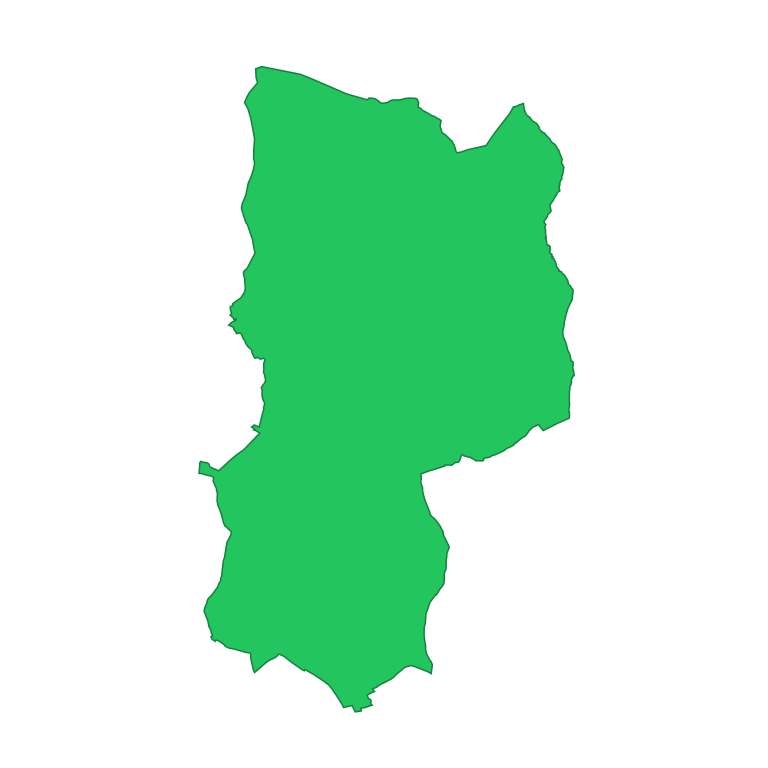 the district of Sacelu, Gorj, Romania, rotated 176°
{"feature_id": "2599482B5536240936017", "entity_name": "Sacelu", "entity_type": "district", "adm_level": 2, "iso_a3": "ROU", "parent_name": "Romania", "parent_adm1": "Gorj", "projection": "mercator", "projection_center": [23.537, 45.1], "detail": "fine", "context": "isolated", "style": "filled", "palette": "green", "viewbox_px": 768, "rotation_deg": 176, "n_neighbors": 0, "source": "geoboundaries", "source_scale": "gbopen_adm2", "svg_char_len": 6140}
<svg xmlns="http://www.w3.org/2000/svg" viewBox="0 0 768 768"><g transform="rotate(176 384 384)"><path d="M490.0,707.4L490.2,698.4L489.1,693.3L498.0,684.1L500.1,680.9L503.5,674.6L500.6,668.2L498.4,658.8L496.0,637.7L497.4,628.0L498.4,618.1L497.7,614.4L498.0,611.5L499.3,607.2L502.4,599.3L505.3,594.2L508.7,581.9L512.9,573.6L513.8,570.2L513.9,568.5L511.5,558.4L510.4,554.5L509.1,552.4L505.0,536.9L504.8,533.7L503.6,523.5L512.4,509.0L516.0,506.1L516.5,504.2L516.3,501.5L515.5,499.3L515.7,496.0L515.7,489.2L516.2,486.9L517.1,484.8L520.8,479.9L528.4,475.4L529.5,474.3L529.3,472.9L532.1,471.7L532.0,468.6L531.1,464.7L532.7,463.8L532.8,463.4L529.8,460.5L529.2,458.9L527.1,459.4L527.0,458.1L531.9,456.0L534.8,453.6L530.3,451.1L529.6,447.9L528.2,446.8L528.1,445.4L527.3,444.4L525.1,445.1L524.2,444.9L522.3,443.4L522.3,442.2L521.9,441.8L522.1,441.0L520.6,437.8L519.7,436.7L519.2,434.1L517.0,430.6L514.0,427.6L513.6,426.4L513.5,424.4L511.9,420.3L510.8,418.6L508.5,419.3L507.3,418.8L505.6,417.4L502.2,418.0L500.9,416.6L502.6,412.9L502.8,407.3L503.4,404.4L502.6,401.7L501.9,396.9L502.0,395.5L502.6,394.1L506.4,389.4L506.7,388.7L506.0,386.8L506.5,380.3L505.6,376.1L504.7,374.3L504.4,372.7L505.7,369.0L505.7,367.3L508.8,358.5L511.4,349.8L516.3,352.2L519.1,350.3L516.2,348.0L517.2,347.2L514.6,346.2L511.4,343.6L528.5,328.2L535.8,323.7L541.4,319.8L555.0,308.9L563.3,313.3L564.5,316.7L565.8,317.7L569.4,318.5L572.3,319.6L573.3,317.9L573.7,314.2L574.8,307.8L571.4,307.1L568.3,305.8L562.7,304.2L560.5,302.7L561.1,299.2L560.9,298.1L558.6,291.9L558.4,288.9L557.8,287.0L558.7,279.2L558.0,273.9L556.9,271.1L555.1,264.2L553.8,256.9L552.8,253.9L547.1,247.9L546.6,246.6L547.2,244.3L551.7,237.0L555.3,221.7L556.1,220.4L556.7,218.3L559.5,203.4L560.3,201.7L560.7,199.5L562.8,196.0L564.3,192.8L570.1,186.0L572.1,184.0L573.5,183.0L574.8,181.4L575.8,179.2L576.1,177.6L578.5,173.2L579.3,169.8L576.6,161.3L576.0,158.5L575.7,154.6L574.0,150.8L573.7,149.5L573.8,148.4L572.6,144.8L574.4,143.8L573.5,142.1L573.2,141.0L572.2,140.6L570.5,139.0L569.4,140.4L566.8,139.2L562.6,136.1L560.4,133.3L556.7,131.2L553.3,130.5L540.2,125.8L536.1,124.9L535.7,122.5L536.1,119.7L535.7,117.7L535.2,113.5L534.6,111.0L534.5,108.4L533.2,105.2L521.4,114.1L518.0,116.2L511.9,118.6L509.5,120.1L508.0,121.8L506.6,121.4L502.5,119.1L496.1,113.2L485.7,104.8L483.6,103.5L482.9,104.7L475.4,99.8L465.0,91.9L459.9,87.4L457.1,83.3L452.1,74.7L447.6,66.2L447.0,64.2L438.2,65.5L435.6,58.9L429.3,59.5L429.7,62.1L425.0,62.7L418.2,64.5L419.5,66.1L419.0,69.1L419.4,70.0L421.8,71.8L422.0,73.6L422.5,74.8L417.7,77.0L414.9,77.9L416.7,80.7L412.5,82.0L409.8,83.9L398.0,88.9L395.0,90.7L392.0,93.4L383.3,99.7L380.8,100.5L376.8,101.2L374.6,100.7L360.7,94.1L357.0,91.8L357.0,92.6L355.3,100.4L356.3,103.6L357.3,104.8L360.4,112.0L361.0,116.3L360.7,120.4L361.3,124.6L361.5,131.2L360.9,138.2L359.3,143.0L358.4,150.5L358.0,152.4L355.3,158.1L353.8,162.4L348.5,168.7L347.2,170.1L347.0,169.8L345.8,170.8L342.8,175.1L339.4,178.8L338.2,180.8L337.5,184.0L337.1,190.3L336.6,192.1L335.1,194.6L335.0,195.3L334.2,204.0L333.4,207.6L333.0,210.8L330.3,216.3L330.6,217.7L335.2,229.3L335.3,232.2L338.0,238.5L342.1,245.0L345.9,248.9L346.8,250.2L347.6,254.0L351.4,265.8L352.9,273.9L352.8,278.2L354.2,283.1L353.2,288.7L353.6,291.6L346.3,293.8L329.1,297.9L328.9,298.8L324.2,298.7L323.3,298.2L321.9,298.4L318.1,300.9L316.6,300.6L314.7,301.1L313.8,302.4L311.8,307.4L310.5,308.1L309.3,306.8L308.1,306.3L307.3,306.3L305.4,305.2L303.6,305.4L302.9,304.4L300.2,303.0L297.7,301.0L290.5,300.5L290.0,300.9L290.0,302.0L289.8,302.4L288.1,303.3L284.8,303.4L283.2,303.8L280.9,305.2L279.7,305.2L276.7,306.1L268.6,309.3L265.7,311.4L263.4,311.9L258.9,314.0L257.6,315.7L256.5,316.4L256.4,316.0L250.7,320.3L246.4,322.4L241.6,328.1L237.7,331.0L235.9,331.4L232.6,332.9L232.0,331.4L228.4,326.4L213.0,332.9L201.8,336.9L201.2,338.6L201.1,339.7L201.3,341.0L200.9,342.6L201.4,344.3L201.4,345.9L200.4,349.5L200.1,358.1L199.7,359.8L199.8,361.0L199.5,363.5L199.1,364.8L198.8,368.1L197.5,370.4L196.7,372.8L197.1,374.3L195.0,378.6L193.7,379.0L193.6,380.4L194.6,387.3L193.9,390.2L193.8,392.2L194.0,393.0L194.6,393.5L195.6,393.8L196.6,400.8L198.4,405.2L199.1,409.7L200.0,413.6L202.0,419.2L202.1,423.7L200.4,429.3L199.9,432.7L197.9,439.4L195.1,447.0L190.5,454.8L188.7,464.5L190.6,467.3L191.2,469.0L191.9,469.3L193.3,471.2L192.9,471.9L193.5,473.5L193.4,474.2L194.2,475.6L194.2,476.1L194.5,476.7L194.9,476.7L195.6,478.6L196.7,480.6L198.0,481.3L199.1,483.6L201.7,484.5L201.4,485.6L203.7,489.2L203.9,491.7L204.7,494.6L205.6,495.5L205.7,497.3L207.5,497.9L206.7,499.2L207.7,499.8L207.3,501.4L209.6,503.5L209.6,503.9L209.1,504.5L209.6,505.5L209.6,505.9L208.5,506.7L209.0,507.8L208.6,509.4L209.9,511.0L211.6,511.0L211.8,511.3L211.9,515.6L212.1,516.5L212.8,517.9L212.6,518.9L212.0,518.7L212.0,519.1L212.3,523.5L212.1,527.3L212.6,528.4L212.6,529.5L211.4,531.8L212.8,533.6L213.0,534.3L212.7,535.7L209.8,538.8L208.5,541.9L206.5,543.4L205.2,544.9L205.8,548.8L205.8,550.9L205.5,551.6L202.7,554.9L200.7,558.2L199.2,560.0L198.0,562.2L196.7,563.5L195.4,564.1L195.0,565.0L195.6,566.6L195.4,567.4L195.5,568.1L195.3,569.2L194.8,569.6L194.6,571.1L194.7,571.9L193.6,574.7L192.3,576.0L192.3,578.2L192.0,579.2L191.4,579.7L191.2,581.3L190.8,581.9L189.4,588.0L190.2,589.0L190.3,590.0L191.5,592.1L191.4,593.0L190.5,595.6L193.1,603.7L193.3,605.3L194.7,606.5L195.3,608.7L196.7,610.9L200.1,613.8L201.9,617.6L204.6,620.3L206.0,622.7L208.8,624.6L210.6,626.5L211.3,628.2L211.3,629.3L213.5,633.2L217.8,636.2L219.3,639.0L223.1,642.7L224.6,646.6L225.1,649.8L225.3,654.1L230.0,652.9L233.5,651.4L235.4,651.6L239.8,645.0L256.1,626.7L265.6,614.7L284.0,611.9L291.1,610.0L294.9,609.6L295.9,610.8L297.1,616.6L299.0,621.2L305.6,628.5L307.5,629.9L308.4,630.2L310.1,637.1L308.7,642.9L315.4,647.6L317.2,648.2L321.9,651.5L326.6,654.4L327.2,654.9L327.6,655.8L330.5,658.0L330.5,660.1L329.8,661.9L330.0,663.0L331.1,665.9L332.8,666.8L338.1,667.4L342.8,667.4L348.4,666.3L355.7,666.7L356.7,666.6L360.9,664.6L364.8,664.1L367.3,664.6L368.9,665.4L369.3,666.5L373.4,669.4L378.0,670.2L379.4,670.1L380.1,669.1L381.3,668.8L401.4,676.1L433.5,692.8L446.0,698.8L483.7,709.1L490.0,707.4Z" fill="#22c55e" stroke="#15803d" stroke-width="1.5"/></g></svg>